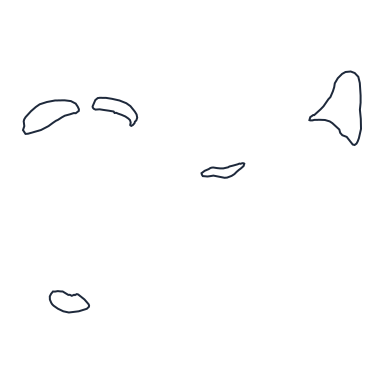 the district of Woleai, Federated States of Micronesia
{"feature_id": "79324940B51603968819213", "entity_name": "Woleai", "entity_type": "district", "adm_level": 2, "iso_a3": "FSM", "parent_name": "Federated States of Micronesia", "parent_adm1": "", "projection": "mercator", "projection_center": [143.866, 7.353], "detail": "fine", "context": "isolated", "style": "outline", "palette": "slate", "viewbox_px": 384, "rotation_deg": 0, "n_neighbors": 0, "source": "geoboundaries", "source_scale": "gbopen_adm2", "svg_char_len": 2098}
<svg xmlns="http://www.w3.org/2000/svg" viewBox="0 0 384 384"><path d="M334.2,87.2L332.9,91.3L330.4,97.1L328.4,99.2L323.5,106.3L320.6,109.3L314.2,115.1L313.3,115.0L310.3,117.1L310.0,118.0L309.4,120.1L310.2,120.4L312.3,120.4L314.4,119.9L319.8,119.8L325.0,120.0L329.7,121.4L332.3,123.1L339.3,129.5L340.2,132.8L342.3,135.2L346.7,136.9L352.7,144.5L354.6,145.0L356.5,143.6L357.7,141.4L358.9,138.2L361.0,128.9L360.8,118.9L359.9,109.7L360.6,102.7L360.6,95.5L359.8,83.0L358.3,76.8L354.7,73.0L350.7,71.5L345.5,72.0L342.1,73.9L337.8,78.2L334.8,83.3L334.2,87.2ZM39.7,104.3L35.8,107.0L31.0,111.2L25.6,117.1L24.2,119.4L23.7,121.3L24.3,126.1L23.0,130.1L25.5,133.9L28.1,133.7L41.0,130.0L48.5,126.1L52.7,123.0L55.9,120.8L57.9,119.9L61.9,117.3L64.8,115.7L70.0,114.3L73.7,113.1L75.8,113.2L78.8,110.9L78.9,109.2L77.7,106.6L75.7,103.6L70.9,101.1L64.5,100.3L54.9,100.5L46.9,102.0L39.7,104.3ZM55.0,291.6L53.0,291.5L51.1,293.8L49.8,296.4L49.9,299.6L51.2,302.7L52.2,304.3L53.6,305.7L57.9,308.7L63.3,311.3L68.9,312.5L78.7,311.3L86.8,308.8L88.9,306.8L89.1,305.7L88.7,304.4L87.2,302.6L84.4,299.4L78.2,294.5L76.8,294.1L74.9,295.1L74.1,294.8L71.8,295.8L69.8,294.8L68.3,294.9L62.7,291.5L60.3,291.4L57.8,291.1L55.0,291.6ZM93.8,108.8L95.5,109.6L99.6,109.3L103.3,109.9L108.9,110.7L113.6,111.5L114.6,113.0L116.2,112.8L118.0,113.6L121.5,114.8L125.4,116.5L128.3,118.5L129.9,120.0L130.4,121.4L130.7,122.6L130.3,124.4L130.2,125.0L130.6,125.5L131.3,125.9L132.9,125.0L134.5,123.2L134.9,121.7L136.3,120.4L137.2,117.7L136.6,114.5L134.9,111.7L133.0,109.3L130.4,106.1L126.3,103.2L119.5,100.5L111.9,98.8L106.2,97.9L99.7,97.8L97.7,98.1L95.3,100.1L92.6,106.4L92.8,107.6L93.8,108.8ZM204.7,170.8L201.5,173.2L201.9,174.7L202.8,176.1L205.3,176.3L207.5,176.5L209.8,176.2L213.4,175.6L224.6,177.8L227.1,177.6L231.6,175.9L234.4,174.1L236.6,171.9L238.9,169.9L240.8,168.5L242.3,167.2L243.6,166.0L244.3,163.7L243.8,163.3L242.4,163.2L240.4,163.8L239.4,163.6L237.7,164.3L233.4,165.5L229.4,166.5L228.1,167.3L223.3,168.4L220.2,168.4L217.2,168.1L213.3,167.5L211.9,167.6L210.4,168.0L208.7,169.1L204.7,170.8Z" fill="none" stroke="#1e293b" stroke-width="2"/></svg>